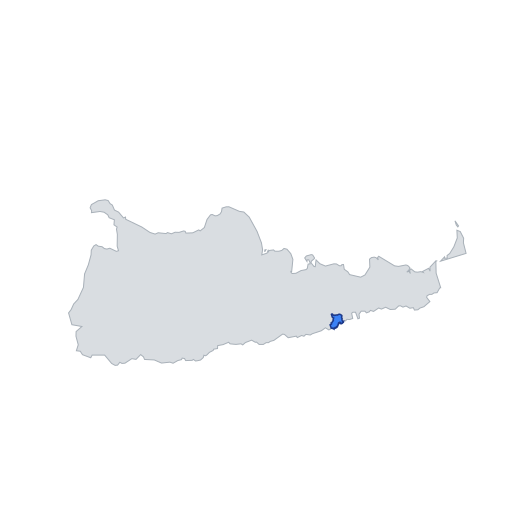 location of Futaleufú, Chubut, Argentina, rotated 250°
{"feature_id": "61730980B18376344054138", "entity_name": "Futaleufú", "entity_type": "district", "adm_level": 2, "iso_a3": "ARG", "parent_name": "Argentina", "parent_adm1": "Chubut", "projection": "orthographic", "projection_center": [-71.852, -43.056], "detail": "fine", "context": "in_parent", "style": "filled", "palette": "blue", "viewbox_px": 512, "rotation_deg": 250, "n_neighbors": 0, "source": "geoboundaries", "source_scale": "gbopen_adm2", "svg_char_len": 6260}
<svg xmlns="http://www.w3.org/2000/svg" viewBox="0 0 512 512"><g transform="rotate(250 256 256)"><path d="M314.4,164.4L311.1,168.7L311.3,172.0L307.8,179.2L308.3,180.8L305.8,184.1L306.0,188.1L304.5,191.8L304.3,196.6L303.4,197.9L301.5,198.0L299.4,204.5L300.1,211.1L298.7,212.1L300.4,217.2L307.1,222.5L310.2,227.3L310.0,229.0L307.7,231.3L307.2,233.4L307.8,236.6L309.4,238.7L312.6,240.5L312.4,244.8L311.5,247.4L303.6,255.7L301.5,259.6L294.9,262.9L278.7,265.4L266.4,265.6L259.5,264.3L255.1,261.8L254.9,267.3L257.0,269.2L255.8,269.1L256.7,270.2L255.7,274.6L254.1,275.3L252.7,278.9L252.4,282.1L253.5,284.9L251.8,287.4L246.3,289.5L240.2,289.5L229.2,284.2L229.7,283.5L229.1,283.2L227.2,283.9L226.1,287.6L226.9,293.3L226.1,298.3L226.7,299.9L230.6,302.2L230.1,304.1L231.5,304.5L234.4,304.3L234.9,302.7L233.4,302.0L237.5,301.1L238.8,303.3L238.4,308.4L237.6,309.6L234.4,310.3L233.6,310.0L232.2,306.2L230.8,305.4L226.3,306.9L225.7,308.0L231.8,311.1L226.9,313.4L222.8,317.8L222.0,326.5L221.0,328.9L218.3,331.0L217.7,332.6L218.5,333.7L218.1,335.3L213.3,334.4L209.7,336.9L206.5,337.6L200.3,347.1L200.9,351.9L206.6,359.2L214.2,361.6L215.0,363.9L214.5,366.7L213.4,368.2L210.5,369.6L212.9,369.7L213.8,371.2L199.4,382.8L197.5,386.3L196.3,393.8L195.2,395.3L192.4,396.6L190.6,395.0L189.3,392.2L189.3,394.4L186.7,395.1L189.7,395.3L191.0,397.2L186.8,399.8L185.6,402.2L184.9,405.6L183.3,407.6L184.5,407.2L185.4,414.0L182.2,414.4L186.0,415.6L190.0,423.5L189.6,424.0L189.5,423.2L178.3,419.4L163.0,418.7L163.1,417.7L159.6,413.6L160.4,410.6L159.8,408.1L160.6,405.9L160.1,403.1L158.8,402.2L153.7,403.8L150.9,396.4L151.0,392.3L150.1,389.7L151.0,386.4L153.6,386.2L154.3,382.7L157.7,379.9L157.7,376.6L159.8,374.7L160.3,373.0L158.4,368.6L159.8,363.9L163.5,360.3L163.2,355.7L165.2,353.5L163.7,347.5L165.8,344.9L164.8,343.5L164.8,340.3L166.9,339.5L168.2,336.0L166.1,332.9L162.2,332.0L162.1,330.3L169.1,330.3L170.0,327.8L169.5,326.3L164.2,325.5L164.3,322.1L165.4,319.9L164.4,317.8L164.8,315.8L163.4,312.8L164.8,311.4L161.2,308.3L161.3,303.2L162.1,302.0L161.6,299.2L164.8,296.7L163.4,291.8L163.7,282.4L163.2,280.0L165.3,276.1L164.2,273.6L165.7,271.7L165.2,266.9L166.9,266.5L168.2,258.3L172.6,255.9L173.5,254.3L170.6,243.9L170.9,240.0L170.3,238.2L171.1,235.9L170.4,232.6L171.8,228.7L174.9,227.1L175.2,225.8L178.4,223.1L178.3,216.5L177.0,213.1L178.6,211.9L179.8,206.9L182.3,201.6L184.3,200.8L184.0,194.7L184.9,189.3L182.2,188.2L182.9,184.4L181.9,183.4L181.4,179.3L179.7,175.7L179.6,174.1L180.6,173.1L178.6,171.7L177.2,168.3L177.6,165.3L178.0,163.3L180.2,161.8L179.8,160.3L181.8,154.1L184.1,153.8L185.3,151.7L184.1,150.5L184.5,146.8L183.6,141.4L185.7,138.8L187.7,130.6L193.1,124.9L196.9,115.9L199.7,115.8L202.8,113.9L199.9,107.9L202.0,104.2L200.1,96.2L200.9,93.3L202.7,91.7L200.8,88.6L201.4,86.2L204.4,83.6L214.6,79.9L218.9,68.1L216.9,65.9L222.6,59.2L226.6,58.3L228.4,54.8L233.4,58.6L242.2,59.4L246.5,61.1L249.3,68.3L254.4,59.5L266.6,60.4L268.9,64.0L273.3,68.3L276.1,73.8L285.5,83.1L297.8,88.8L305.0,95.4L313.5,101.4L317.8,103.2L320.9,107.0L321.4,109.6L319.2,111.1L317.4,114.5L314.8,116.1L313.5,118.3L313.3,121.3L308.1,126.4L308.0,128.6L312.7,128.9L323.7,133.1L329.0,134.1L330.7,135.4L333.9,133.2L338.5,135.3L342.2,131.1L345.4,130.8L349.1,128.2L351.2,124.6L353.0,116.2L354.8,117.1L358.0,116.6L360.6,118.9L361.9,126.6L360.4,133.5L358.7,136.0L355.1,136.8L353.0,138.4L347.6,138.7L344.2,141.9L337.1,144.5L337.2,146.7L335.1,146.1L322.3,158.6L314.4,164.4ZM186.6,454.3L188.0,427.6L190.7,432.9L189.3,432.5L188.7,435.0L191.1,435.7L192.1,438.9L196.9,445.0L204.1,451.3L211.5,453.6L209.1,456.3L201.7,457.2L197.4,455.4L186.6,454.3ZM214.3,455.6L216.6,454.8L221.0,455.0L215.0,456.6L214.3,455.6ZM258.7,266.4L258.5,267.5L257.0,265.6L258.7,266.4Z" fill="#d9dde1" stroke="#a8b0b8" stroke-width="1"/><path d="M175.4,306.9L173.8,306.8L172.7,306.8L172.2,306.8L171.2,307.8L170.1,306.8L169.0,306.7L168.7,306.4L168.4,305.9L168.5,305.8L168.2,305.5L168.1,305.3L168.0,305.2L167.7,304.9L167.6,304.6L167.2,304.3L167.3,303.7L166.2,303.6L166.0,302.1L162.4,302.0L162.4,302.3L162.3,302.5L162.2,302.7L162.2,302.8L162.1,303.0L161.9,303.1L161.8,303.3L161.7,303.3L161.6,303.5L161.5,303.9L161.7,304.0L161.5,304.3L161.4,304.4L161.3,304.5L161.2,304.5L161.0,304.4L161.0,304.5L160.9,304.6L161.0,304.7L160.9,304.7L161.0,304.8L161.3,304.9L161.3,305.0L161.2,305.3L161.3,305.3L161.3,305.5L161.3,305.8L161.2,306.0L161.1,306.3L161.2,306.6L161.4,306.6L161.3,306.8L161.5,306.9L161.5,307.0L161.4,307.0L161.3,307.3L161.5,307.5L161.6,307.8L161.7,307.7L161.7,307.8L161.8,307.9L162.0,307.9L162.0,308.0L162.1,308.3L162.2,308.5L162.3,308.6L162.5,308.8L162.8,308.9L162.8,309.0L163.0,309.0L163.1,309.3L163.2,309.5L163.3,309.7L163.5,309.8L163.6,310.0L163.8,310.0L164.0,310.2L164.1,310.3L164.3,310.3L164.5,310.4L164.5,310.5L164.8,310.6L165.0,310.9L165.0,311.0L164.9,311.1L164.8,311.3L164.8,311.5L164.9,311.8L165.0,312.0L164.9,312.0L165.0,312.1L165.0,312.3L164.9,312.4L164.7,312.3L164.7,312.2L164.4,312.2L164.4,312.3L164.2,312.5L163.9,312.6L163.7,312.5L163.5,312.4L163.4,312.5L163.5,312.6L163.5,312.8L163.5,313.0L163.4,313.2L163.2,313.2L163.2,313.3L163.2,313.5L163.3,313.6L163.3,313.8L163.2,313.9L163.2,314.0L163.3,314.1L163.5,314.1L163.8,314.3L163.9,314.5L163.8,314.8L163.7,314.9L163.7,315.0L163.7,315.3L163.8,315.3L164.0,315.2L164.1,315.3L164.4,315.1L164.5,315.1L164.6,315.3L164.7,315.5L164.8,315.7L164.9,315.4L165.0,315.3L165.1,315.2L165.4,315.2L165.5,315.1L165.5,314.9L165.9,314.9L166.0,314.9L166.3,314.9L166.6,315.0L166.9,315.0L167.1,315.1L167.3,315.2L167.3,315.3L167.5,315.5L168.3,315.4L168.5,315.3L168.8,315.3L168.9,315.5L169.0,315.5L169.4,315.6L169.5,315.7L169.6,315.8L169.9,315.8L170.1,316.0L170.3,316.2L170.6,316.3L171.2,316.1L171.3,316.0L171.4,315.9L171.7,315.6L171.8,315.5L171.9,315.4L172.1,315.3L172.3,315.2L172.5,314.9L172.7,314.5L172.8,314.3L172.9,314.2L172.9,313.9L172.8,313.7L172.8,313.4L172.8,313.1L172.8,312.7L172.7,312.6L172.6,312.4L172.7,312.1L172.9,311.8L172.9,311.7L173.0,311.5L173.1,311.4L173.2,311.0L173.1,310.9L173.1,310.6L173.2,310.2L173.3,310.1L173.4,309.9L173.5,309.7L173.4,309.6L173.5,309.5L173.5,309.2L173.5,308.9L173.6,308.7L173.9,308.6L174.0,308.6L174.2,308.4L174.3,308.2L174.7,308.1L174.9,308.1L175.0,308.1L175.3,307.9L175.5,307.7L175.4,307.4L175.5,307.2L175.4,306.9Z" fill="#3b82f6" stroke="#1e3a8a" stroke-width="1.5"/></g></svg>